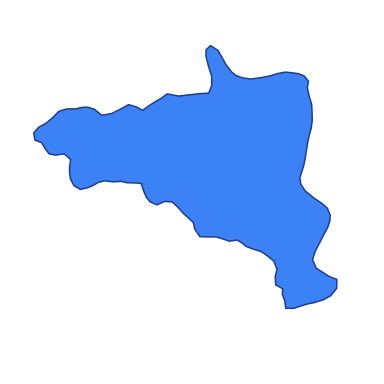 the district of Ipaba, Minas Gerais, Brazil, rotated 166°
{"feature_id": "56859067B37276633330355", "entity_name": "Ipaba", "entity_type": "district", "adm_level": 2, "iso_a3": "BRA", "parent_name": "Brazil", "parent_adm1": "Minas Gerais", "projection": "mercator", "projection_center": [-42.368, -19.398], "detail": "fine", "context": "isolated", "style": "filled", "palette": "blue", "viewbox_px": 384, "rotation_deg": 166, "n_neighbors": 0, "source": "geoboundaries", "source_scale": "gbopen_adm2", "svg_char_len": 1717}
<svg xmlns="http://www.w3.org/2000/svg" viewBox="0 0 384 384"><g transform="rotate(166 192 192)"><path d="M72.6,72.0L79.6,77.1L83.9,81.6L89.9,88.1L91.4,97.3L86.8,104.6L80.5,111.8L74.6,118.6L68.9,124.8L65.4,130.2L63.5,136.0L64.6,143.6L68.7,149.5L75.3,156.8L81.9,165.7L84.5,173.4L83.9,179.7L80.1,185.8L76.8,191.4L74.2,196.9L70.9,204.7L67.2,213.4L64.3,219.1L61.1,224.6L57.9,232.6L56.0,241.4L54.7,247.9L55.1,256.4L54.9,265.3L52.2,271.4L55.1,277.5L60.6,281.3L67.2,283.9L72.7,285.8L79.9,286.2L88.4,285.8L96.5,286.2L107.8,287.4L115.6,290.7L121.0,294.3L124.5,298.9L128.0,306.9L130.3,315.1L132.4,322.9L138.6,329.5L143.9,326.7L145.6,320.4L145.6,309.6L144.9,299.9L147.0,290.7L151.9,283.9L162.2,285.8L173.2,287.2L181.7,288.3L187.4,290.9L192.3,293.2L199.5,290.3L206.5,288.3L212.8,286.1L220.2,283.3L225.4,288.0L232.4,292.1L241.0,289.8L251.1,287.6L261.0,288.3L266.7,295.9L272.6,299.5L278.2,300.7L284.9,300.8L293.4,302.9L301.9,302.4L308.8,298.1L317.1,294.0L325.2,291.9L331.3,287.6L331.8,280.3L326.0,276.3L324.0,269.6L321.4,263.5L315.4,260.8L306.8,259.9L301.9,252.8L304.8,245.7L306.2,240.0L306.8,233.8L305.0,226.7L299.8,221.6L292.9,221.3L286.6,222.2L280.5,224.0L274.2,224.0L266.4,221.0L258.3,219.5L252.8,216.7L245.9,214.8L239.3,212.7L238.7,204.8L237.5,197.7L235.0,192.6L229.2,188.0L220.9,189.5L213.9,187.3L209.9,181.6L205.6,173.4L201.2,166.8L198.1,162.0L198.3,155.3L195.1,146.7L185.4,144.0L179.9,142.8L174.9,139.9L167.5,135.2L159.7,134.5L155.7,130.3L152.5,126.0L146.7,122.0L139.2,117.4L134.3,111.8L129.2,104.9L128.3,96.2L131.7,89.9L133.3,81.7L127.4,76.1L129.1,70.9L128.3,64.6L129.2,56.6L121.7,54.5L113.0,55.1L106.6,55.4L99.8,55.1L90.5,55.7L82.5,57.8L75.0,63.4L72.6,72.0Z" fill="#3b82f6" stroke="#1e3a8a" stroke-width="1.5"/></g></svg>